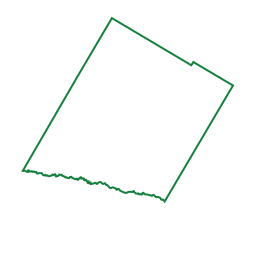 outline of Grand Forks, North Dakota, United States of America, rotated 120°
{"feature_id": "52423323B50078487315509", "entity_name": "Grand Forks", "entity_type": "district", "adm_level": 2, "iso_a3": "USA", "parent_name": "United States of America", "parent_adm1": "North Dakota", "projection": "albers", "projection_center": [-97.051, 47.934], "detail": "fine", "context": "isolated", "style": "outline", "palette": "green", "viewbox_px": 256, "rotation_deg": 120, "n_neighbors": 0, "source": "geoboundaries", "source_scale": "gbopen_adm2", "svg_char_len": 2973}
<svg xmlns="http://www.w3.org/2000/svg" viewBox="0 0 256 256"><g transform="rotate(120 128 128)"><path d="M114.0,197.5L217.8,197.7L217.7,197.4L217.1,197.3L216.8,197.0L216.3,193.1L216.2,192.7L215.9,192.5L215.7,192.5L215.3,193.1L214.9,193.3L214.6,193.3L214.5,193.1L214.4,192.6L214.9,191.9L214.9,191.6L214.5,191.0L214.2,190.2L213.9,189.8L213.5,189.7L213.5,189.4L213.7,189.0L213.6,188.4L213.5,188.2L212.6,187.6L212.6,187.0L212.7,186.5L212.6,185.9L212.0,185.5L212.0,185.1L212.7,184.3L212.9,184.0L212.8,183.7L211.7,182.6L210.8,181.2L210.4,180.5L210.3,180.0L210.3,179.7L211.0,178.9L211.1,178.4L211.1,177.6L211.0,177.0L210.1,176.4L210.1,175.9L210.4,175.6L210.4,175.3L209.9,174.9L209.4,174.4L209.3,173.8L209.6,173.2L209.2,172.2L207.4,170.4L206.1,170.1L206.1,169.2L205.2,168.2L204.7,168.3L204.6,168.2L204.5,167.8L204.9,167.2L205.2,166.8L206.0,166.4L206.0,166.2L205.9,165.9L204.9,165.2L204.4,164.5L203.4,164.3L203.1,164.4L202.8,164.3L202.6,163.9L202.6,163.4L201.8,162.3L201.7,162.0L201.8,161.6L202.1,161.2L202.3,160.7L201.9,159.7L201.8,158.4L201.9,158.1L202.0,158.0L202.0,157.3L201.6,157.0L201.5,156.7L201.6,155.8L200.7,153.8L199.6,153.8L198.7,152.8L198.7,152.4L199.0,152.1L199.0,151.6L198.9,149.4L198.7,148.2L198.3,147.7L198.0,147.6L197.4,146.9L197.3,146.5L197.8,146.4L198.1,146.0L197.9,145.6L197.4,145.2L195.3,144.8L194.6,144.6L194.2,144.2L194.2,143.9L195.0,143.4L195.2,143.0L194.9,142.5L194.2,142.1L193.9,141.5L193.9,140.8L195.0,140.0L195.0,139.7L193.9,138.6L194.1,137.8L194.8,137.2L194.8,136.7L194.1,135.9L193.9,135.2L194.2,135.1L194.7,135.6L195.3,135.8L195.7,135.4L195.6,134.6L195.3,133.9L194.6,133.4L194.1,133.1L195.1,132.5L195.2,132.1L193.1,130.0L192.0,129.3L191.7,128.5L192.0,127.6L191.9,126.9L191.4,126.6L190.4,126.4L189.3,125.8L188.7,125.1L188.5,124.3L188.6,123.9L189.0,122.8L189.0,122.2L188.8,121.5L187.9,120.9L187.4,120.5L187.4,120.2L187.4,119.9L188.1,119.0L188.2,118.6L187.8,117.7L187.8,117.3L188.3,116.0L188.8,114.0L188.9,113.4L188.8,113.0L188.6,112.7L187.3,111.9L186.9,111.2L186.5,108.3L186.7,107.8L187.2,107.3L187.1,106.8L186.8,106.7L186.1,106.5L185.8,106.3L185.5,105.8L185.5,105.6L185.6,105.1L186.1,103.9L186.2,103.5L185.9,99.7L185.5,98.1L185.2,97.2L184.9,96.8L183.6,96.0L182.9,95.4L181.0,92.0L180.1,91.8L179.8,91.6L179.8,91.4L179.9,91.0L180.5,90.3L180.7,89.1L180.7,88.1L180.2,87.2L179.7,86.8L179.6,86.6L179.6,86.2L179.9,85.8L179.9,85.3L179.8,84.9L179.1,84.4L178.9,83.1L178.6,82.7L178.3,82.7L177.1,82.9L176.5,82.5L176.4,82.2L176.5,81.8L176.9,81.1L177.0,80.8L177.0,80.3L176.8,79.8L175.9,77.9L175.6,77.1L175.4,75.5L174.9,74.8L174.9,74.3L175.0,73.8L174.6,73.2L173.3,72.8L173.2,72.4L173.2,71.6L173.5,70.8L173.6,70.2L173.8,69.6L173.8,69.0L173.6,68.6L173.2,68.3L172.8,67.7L172.4,66.1L172.4,65.4L172.6,64.9L172.6,64.7L173.1,64.0L173.3,63.7L173.3,63.3L173.2,62.6L173.0,62.4L172.7,62.3L172.5,61.9L172.5,61.5L173.3,59.8L173.4,59.5L44.2,58.4L43.1,58.3L38.7,58.3L38.2,104.4L42.0,104.5L40.9,196.9L109.8,197.5L114.0,197.5Z" fill="none" stroke="#15803d" stroke-width="2"/></g></svg>